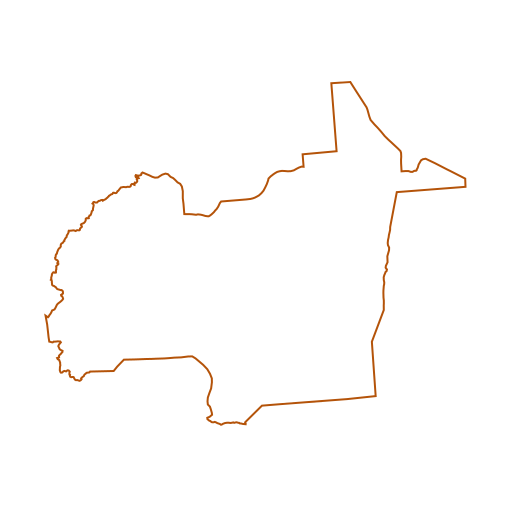 Ou Chrov, Bântéay Méanchey, Cambodia (Albers equal-area conic projection), rotated 86°
{"feature_id": "14789045B98105174754814", "entity_name": "Ou Chrov", "entity_type": "district", "adm_level": 2, "iso_a3": "KHM", "parent_name": "Cambodia", "parent_adm1": "Bântéay Méanchey", "projection": "albers", "projection_center": [102.796, 13.654], "detail": "fine", "context": "isolated", "style": "outline", "palette": "amber", "viewbox_px": 512, "rotation_deg": 86, "n_neighbors": 0, "source": "geoboundaries", "source_scale": "gbopen_adm2", "svg_char_len": 6143}
<svg xmlns="http://www.w3.org/2000/svg" viewBox="0 0 512 512"><g transform="rotate(86 256 256)"><path d="M366.7,438.6L365.9,439.0L365.4,438.5L364.5,437.4L363.9,436.2L362.8,435.7L362.2,435.2L361.5,434.1L360.7,433.2L360.5,430.3L359.7,429.6L360.8,406.0L356.6,402.1L350.2,395.0L350.7,384.9L350.9,379.4L351.1,372.9L351.4,366.9L351.5,362.8L351.8,354.7L351.8,350.1L351.7,344.5L351.9,337.7L351.5,330.7L351.7,326.6L353.9,323.5L356.9,320.4L360.9,316.3L365.5,312.5L370.3,310.1L375.0,308.6L378.9,308.8L385.0,310.0L389.1,311.9L393.8,313.9L397.5,314.5L400.8,314.4L403.0,312.5L405.6,311.8L409.4,311.0L411.3,310.9L413.2,313.5L414.0,315.9L415.4,315.8L416.3,314.8L417.1,314.0L417.4,313.1L418.6,311.9L418.8,311.2L418.9,309.7L418.6,308.7L419.4,307.1L420.0,306.3L420.6,304.8L421.1,303.7L421.9,302.7L421.7,301.8L421.1,300.7L420.5,298.7L420.3,296.5L420.4,295.0L420.8,293.0L420.6,291.2L420.4,290.3L420.9,289.5L420.7,288.4L420.5,287.2L420.8,286.2L421.2,285.2L421.3,284.4L421.9,283.8L422.0,282.7L422.6,280.9L422.9,279.2L423.1,278.1L422.3,278.0L421.6,278.5L421.0,278.3L405.7,260.5L405.5,242.2L405.1,174.8L404.1,146.4L349.6,146.4L318.8,132.3L314.0,132.0L312.4,131.8L309.3,131.6L306.4,131.7L301.7,131.5L299.4,131.3L294.7,130.6L293.0,130.1L291.1,129.9L288.9,130.2L286.1,130.1L283.9,129.3L282.4,128.5L281.0,127.9L280.2,126.8L278.5,126.3L277.8,126.9L276.7,127.5L274.8,127.1L273.4,126.3L271.4,125.2L268.2,125.1L265.4,125.0L259.6,122.9L256.9,122.6L254.4,123.6L252.3,123.7L249.3,123.2L246.7,122.4L244.2,121.9L241.7,121.1L239.3,120.4L237.1,120.2L236.3,120.1L202.1,111.1L201.6,42.2L193.4,41.9L184.8,56.2L183.0,59.3L175.9,71.0L170.8,80.0L171.1,82.8L172.1,84.7L176.1,87.4L178.7,88.3L179.9,88.9L180.8,89.6L181.7,89.8L182.2,90.6L182.0,91.5L182.3,92.7L183.0,94.0L182.9,95.7L181.9,98.0L181.7,100.8L181.7,104.9L173.8,104.8L170.1,104.6L167.1,104.2L163.3,104.1L161.4,104.6L158.7,106.9L155.6,109.8L148.9,116.1L145.4,119.2L140.6,122.6L136.3,125.9L133.1,128.6L128.3,132.2L124.8,133.2L117.9,134.6L115.5,135.3L98.4,144.7L89.0,149.8L88.9,168.8L157.1,168.3L157.8,202.4L170.3,202.3L170.0,204.2L170.7,206.8L171.8,209.4L173.2,212.3L173.8,215.5L173.7,218.5L173.3,220.9L172.9,224.1L173.1,226.5L173.6,229.0L174.5,230.9L175.7,233.0L176.6,234.3L177.5,235.7L179.6,238.1L181.6,238.7L185.0,240.2L188.2,242.0L191.4,244.0L193.7,246.2L195.8,248.9L196.8,251.0L197.7,253.1L198.3,255.2L198.7,257.6L198.8,259.9L198.9,262.1L199.2,287.0L200.6,288.3L204.2,290.3L206.5,292.1L207.7,293.5L209.2,294.8L210.3,296.1L211.4,297.5L212.4,299.0L213.1,300.4L213.0,301.5L212.5,303.8L211.5,306.4L210.9,308.4L210.4,311.0L210.7,312.9L209.9,317.0L209.6,319.4L209.2,324.6L208.5,324.6L198.8,324.7L193.3,325.0L186.2,324.5L181.5,325.1L178.7,326.6L177.1,329.1L174.4,331.4L172.5,333.2L171.1,335.7L168.2,338.2L167.5,340.6L168.3,343.8L169.6,346.3L170.8,348.4L170.8,351.3L169.8,353.9L168.1,356.8L166.7,359.6L165.7,361.5L164.8,363.4L165.7,364.6L166.7,364.7L167.2,365.1L167.6,366.6L167.6,367.2L167.6,368.1L167.3,369.1L166.9,370.2L167.7,370.7L168.9,370.4L169.2,369.7L169.5,368.9L169.1,368.1L170.2,367.6L170.4,369.0L171.0,369.7L172.1,369.3L173.1,369.2L174.0,369.8L174.5,370.4L174.7,371.1L174.3,371.7L174.8,372.1L175.6,372.0L176.6,372.2L176.3,372.9L175.6,373.4L175.6,375.0L176.6,375.9L177.7,376.2L178.2,377.1L178.2,378.0L178.0,378.9L178.0,379.6L178.3,380.8L178.1,382.0L177.9,383.7L178.1,384.7L178.2,386.0L180.2,387.9L181.4,388.9L181.6,389.6L182.3,390.0L183.0,390.5L183.4,391.0L183.5,391.7L183.3,392.6L182.9,393.4L183.0,394.2L183.6,394.5L184.2,395.1L184.4,396.2L185.3,397.6L185.7,398.5L186.3,398.8L186.7,399.5L187.5,400.2L187.9,401.0L188.8,402.0L189.6,404.0L190.1,404.9L189.4,405.2L189.4,406.5L189.7,407.3L190.1,408.1L190.1,409.1L190.8,410.0L191.6,410.9L191.5,412.4L191.2,413.0L190.8,413.7L190.9,414.4L191.6,414.8L192.3,415.4L192.7,414.8L193.4,414.5L194.1,414.4L195.6,414.8L197.3,415.3L198.9,415.5L199.9,416.7L201.1,417.0L203.0,417.8L203.8,418.3L204.0,419.3L204.7,419.6L205.5,420.3L206.6,420.2L206.7,421.0L206.4,422.5L207.1,423.3L208.3,423.3L209.9,424.1L211.1,425.4L212.0,428.0L212.7,428.5L213.4,428.2L214.2,427.6L214.8,427.7L215.3,428.3L216.3,429.6L217.7,429.9L218.1,430.6L217.8,432.3L217.9,433.2L218.5,434.1L218.1,435.1L217.7,435.9L217.7,437.0L217.8,438.2L217.8,439.8L217.7,441.0L218.4,441.3L219.4,441.3L220.6,442.1L221.4,442.5L222.2,443.3L223.8,443.6L224.8,444.7L225.8,445.4L226.9,446.1L227.6,446.1L228.0,446.9L229.0,447.4L229.5,448.1L230.0,449.2L230.8,449.8L231.7,450.1L232.6,450.0L233.7,450.6L234.3,451.3L234.8,452.1L236.1,453.0L238.4,454.1L239.8,454.5L240.3,455.2L241.2,455.7L243.1,456.0L243.8,456.6L245.2,456.3L245.9,455.5L246.1,454.9L246.7,454.2L248.1,453.7L248.5,454.3L249.2,454.7L250.2,453.7L251.0,454.4L251.5,455.0L251.8,455.7L252.6,456.1L253.7,455.9L254.5,456.1L255.4,456.1L256.2,456.6L257.0,456.6L258.5,456.7L258.7,457.8L258.2,458.5L258.1,459.3L259.0,460.2L260.0,460.9L260.7,460.9L261.6,461.2L263.7,461.9L264.7,461.7L265.5,462.3L266.0,461.6L266.9,461.4L267.9,461.5L269.0,461.4L269.9,461.5L270.8,461.3L271.3,460.8L272.0,459.3L272.5,458.9L272.9,458.1L274.9,456.8L275.4,455.9L275.8,454.7L276.4,453.2L276.4,452.3L277.6,451.2L278.5,451.1L280.0,451.2L281.2,453.2L282.2,453.0L282.7,452.2L283.9,451.7L285.3,451.4L286.4,452.3L287.4,453.5L288.4,454.9L289.2,456.2L290.0,457.3L291.2,458.3L292.4,458.9L293.9,459.8L295.2,460.7L295.7,461.9L296.1,463.2L298.1,464.2L299.5,465.2L300.7,466.3L301.9,467.0L302.6,467.8L300.8,470.1L309.8,469.1L314.5,468.9L322.4,468.6L327.0,468.2L327.3,467.1L327.7,466.1L328.0,464.8L327.3,463.8L327.4,462.8L327.4,461.3L327.3,459.7L327.5,458.4L327.6,457.3L328.5,456.7L329.5,457.6L330.6,458.7L332.1,459.5L333.5,459.0L335.4,458.3L336.4,456.9L337.1,455.6L338.3,455.8L339.2,456.8L340.3,457.8L341.0,458.8L341.8,459.5L343.4,459.5L343.9,461.5L345.1,461.0L346.0,459.6L347.7,459.1L348.8,458.8L349.8,458.9L351.4,458.8L353.0,459.3L354.8,459.5L356.2,459.7L358.0,459.3L358.8,458.7L358.7,457.4L357.6,456.2L357.3,455.2L357.6,454.2L357.9,453.5L356.9,452.1L357.1,450.9L358.3,449.9L359.7,450.3L361.0,450.4L361.6,449.8L362.2,450.1L363.4,449.8L364.0,448.8L363.9,447.8L363.9,447.0L364.1,446.4L365.3,445.9L366.6,445.3L367.3,444.3L367.3,442.9L368.2,440.8L367.9,439.9L367.5,439.3L366.7,438.6Z" fill="none" stroke="#b45309" stroke-width="2"/></g></svg>